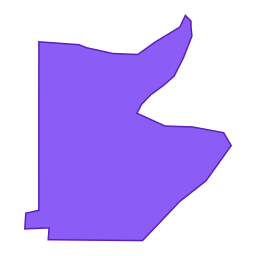 Yeonsu-gu, South Korea (Equal Earth projection)
{"feature_id": "91817680B14745943099772", "entity_name": "Yeonsu-gu", "entity_type": "district", "adm_level": 2, "iso_a3": "KOR", "parent_name": "South Korea", "parent_adm1": "", "projection": "equal_earth", "projection_center": [126.672, 37.385], "detail": "fine", "context": "isolated", "style": "filled", "palette": "violet", "viewbox_px": 256, "rotation_deg": 0, "n_neighbors": 0, "source": "geoboundaries", "source_scale": "gbopen_adm2", "svg_char_len": 513}
<svg xmlns="http://www.w3.org/2000/svg" viewBox="0 0 256 256"><path d="M79.0,44.7L38.9,41.8L38.8,210.3L25.8,213.2L24.8,228.9L49.1,227.9L48.2,239.7L142.5,240.6L179.8,201.4L206.0,180.8L230.9,146.0L231.2,145.6L223.7,132.8L192.9,127.0L164.9,126.0L137.3,113.4L136.9,113.3L141.5,104.4L150.9,94.6L163.0,85.8L174.2,76.0L183.6,57.4L191.9,36.1L191.9,35.9L191.0,27.1L191.0,22.2L191.0,21.2L185.4,15.4L179.8,27.1L155.5,41.8L137.8,54.5L112.6,53.5L86.5,47.7L79.0,44.7Z" fill="#8b5cf6" stroke="#5b21b6" stroke-width="1.5"/></svg>